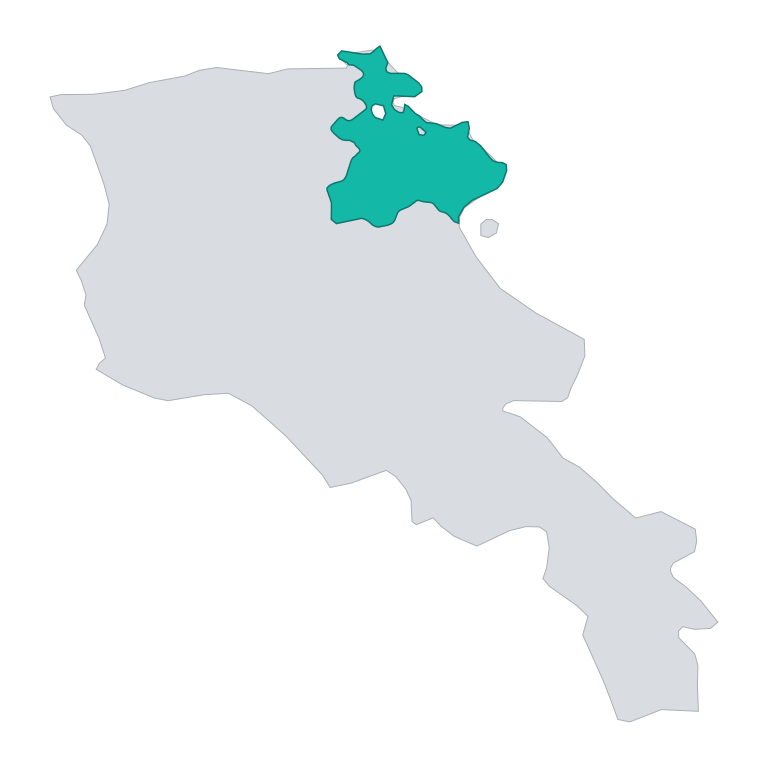 Armenia, with Tavush highlighted
{"feature_id": "ARM-1670", "entity_name": "Tavush", "entity_type": "Province", "adm_level": 1, "iso_a3": "ARM", "parent_name": "Armenia", "parent_adm1": "", "projection": "equal_earth", "projection_center": [45.046, 40.964], "detail": "fine", "context": "in_parent", "style": "filled", "palette": "teal", "viewbox_px": 768, "rotation_deg": 0, "n_neighbors": 0, "source": "natural_earth", "source_scale": "10m", "svg_char_len": 4130}
<svg xmlns="http://www.w3.org/2000/svg" viewBox="0 0 768 768"><path d="M330.1,487.5L322.8,475.5L285.9,436.0L251.8,405.8L228.4,393.3L204.8,394.6L168.0,400.7L154.6,398.1L122.7,385.0L96.2,369.3L99.8,362.8L105.5,358.1L98.9,337.9L84.3,305.2L86.0,295.0L81.4,280.8L76.3,270.2L97.3,244.7L107.0,224.2L109.2,204.3L103.8,183.6L90.4,146.2L82.0,135.3L66.4,125.2L53.4,108.6L50.1,96.9L61.2,94.6L93.5,94.3L124.8,90.3L149.4,82.6L184.8,76.0L199.5,70.3L216.5,67.5L268.4,73.7L287.7,68.9L346.1,68.1L347.6,65.6L339.6,57.8L339.7,54.8L374.4,49.8L379.8,46.1L384.4,58.6L397.4,72.5L411.7,78.1L419.3,85.8L419.7,91.6L394.4,98.6L392.7,102.1L394.4,105.6L401.9,107.3L437.3,124.8L457.4,125.2L468.0,130.5L473.4,140.9L490.2,155.1L503.7,169.0L504.5,173.7L502.0,180.7L464.4,207.7L459.7,217.0L459.1,226.9L475.7,256.3L500.2,288.4L535.5,312.8L584.2,339.4L584.9,355.8L577.3,375.4L570.7,388.7L567.7,397.7L561.8,401.5L513.4,400.6L506.1,403.8L502.9,407.7L502.7,410.9L520.2,416.8L547.4,437.8L563.1,458.2L579.5,467.1L597.9,483.3L612.6,498.4L635.6,518.0L661.0,511.6L695.2,529.1L696.7,540.9L694.6,551.5L673.3,563.1L670.6,567.9L670.7,571.9L673.5,577.6L686.1,587.0L701.0,601.1L717.9,622.1L710.5,628.4L694.9,629.3L682.8,626.7L678.5,631.0L678.8,637.8L694.7,653.8L697.9,665.5L697.4,685.7L698.4,711.3L661.4,709.6L629.8,721.9L617.9,719.5L609.9,697.7L603.0,680.1L582.7,634.9L588.1,616.4L576.9,605.7L549.8,586.6L542.9,578.6L546.7,567.7L549.2,547.9L546.6,531.7L539.4,526.9L525.9,526.6L509.6,530.6L476.8,546.1L454.0,536.2L440.9,526.1L433.2,517.8L416.2,524.7L412.0,521.4L411.1,500.6L406.0,489.5L395.7,476.5L386.2,470.3L351.1,483.1L330.1,487.5ZM384.5,119.0L385.6,111.6L384.0,105.0L378.3,102.8L371.4,104.6L370.8,112.0L373.0,119.0L379.9,122.2L384.5,119.0ZM496.4,233.0L488.4,237.6L480.9,235.5L480.8,224.1L486.3,219.5L492.6,219.7L498.5,223.8L496.4,233.0Z" fill="#d9dde1" stroke="#a8b0b8" stroke-width="1"/><path d="M362.1,54.1L370.1,53.9L372.6,52.1L377.4,47.9L380.0,46.2L387.8,62.6L385.7,68.4L386.9,71.9L390.5,73.4L404.3,73.4L407.9,74.6L418.9,83.1L421.7,87.1L421.9,91.5L414.7,96.7L393.8,95.8L391.6,104.7L394.3,109.4L398.9,112.4L402.9,112.8L404.2,109.5L404.8,104.5L408.3,106.4L415.2,113.5L419.6,116.1L422.8,119.6L426.3,122.5L436.3,123.7L445.5,127.5L450.3,128.2L460.2,123.4L462.2,122.4L468.0,121.7L469.3,128.3L467.5,137.2L470.1,140.1L473.1,140.8L475.2,141.4L480.8,146.0L489.8,157.5L493.2,160.9L497.5,162.3L502.5,162.7L506.2,164.6L506.6,170.7L502.6,182.1L497.1,188.5L480.7,196.3L472.1,200.4L463.9,207.2L458.6,216.6L458.6,223.2L454.5,221.7L451.8,219.1L449.9,216.5L447.5,214.2L446.1,213.3L444.8,212.6L441.1,211.6L439.9,211.1L438.8,210.3L433.9,204.2L432.6,203.1L430.7,202.5L423.3,201.7L419.1,200.5L417.8,200.3L416.4,200.8L410.2,205.6L408.4,206.7L400.3,210.1L399.1,211.0L398.1,212.1L397.3,213.5L394.8,220.1L394.0,221.4L393.1,222.4L392.1,223.3L390.8,224.0L387.7,225.2L378.8,227.0L377.2,226.9L375.6,226.5L373.2,225.4L371.9,224.5L369.3,222.0L367.8,220.9L364.7,219.2L361.6,218.3L336.4,223.6L331.3,219.4L331.5,203.2L329.9,197.8L329.1,196.2L328.0,192.6L327.3,190.9L327.0,189.6L327.0,188.2L328.5,186.4L330.1,185.1L334.0,183.2L341.3,181.2L342.8,180.5L344.1,179.4L345.2,177.8L346.4,175.6L350.9,161.3L351.8,159.4L352.7,157.9L353.7,157.1L354.7,156.5L355.4,155.9L357.1,153.9L358.4,152.9L359.5,151.7L360.0,150.3L358.8,148.1L356.4,146.0L355.6,145.1L354.7,143.1L354.0,142.5L351.5,141.3L350.8,140.9L350.1,140.5L349.4,140.3L346.5,140.4L343.4,140.0L342.0,139.6L339.3,138.1L334.0,133.4L332.0,131.1L331.2,129.8L331.1,128.3L331.4,126.7L338.3,118.8L339.6,117.8L341.0,117.4L342.4,117.5L343.9,118.2L346.6,120.2L348.2,120.7L350.1,120.6L352.3,119.6L366.0,109.1L366.6,107.3L366.2,105.2L363.7,101.4L361.6,99.7L359.3,98.5L357.6,98.1L356.0,96.6L355.0,93.8L354.1,88.1L354.5,84.3L355.0,82.3L355.9,81.5L359.0,79.8L361.9,77.7L362.9,76.6L363.4,75.3L363.5,73.9L363.1,72.2L360.9,70.0L353.8,65.3L348.7,64.7L347.3,62.7L339.4,58.9L337.6,55.0L341.7,50.9L362.1,54.1ZM382.8,120.1L385.8,113.7L383.5,105.8L375.2,103.8L371.9,106.1L371.2,110.0L372.5,114.1L375.2,117.5L382.8,120.1ZM423.8,135.4L426.1,132.3L420.0,127.1L419.1,127.0L418.3,127.1L417.6,127.5L416.9,128.2L419.0,134.6L423.8,135.4Z" fill="#14b8a6" stroke="#0f766e" stroke-width="1.5"/></svg>